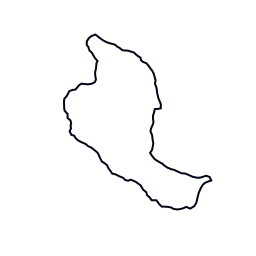 the district of Santa Rita d'Oeste, São Paulo, Brazil, rotated 156°
{"feature_id": "56859067B69160631220065", "entity_name": "Santa Rita d'Oeste", "entity_type": "district", "adm_level": 2, "iso_a3": "BRA", "parent_name": "Brazil", "parent_adm1": "São Paulo", "projection": "albers", "projection_center": [-50.816, -20.093], "detail": "fine", "context": "isolated", "style": "outline", "palette": "ink", "viewbox_px": 256, "rotation_deg": 156, "n_neighbors": 0, "source": "geoboundaries", "source_scale": "gbopen_adm2", "svg_char_len": 1926}
<svg xmlns="http://www.w3.org/2000/svg" viewBox="0 0 256 256"><g transform="rotate(156 128 128)"><path d="M73.3,46.2L73.4,50.0L75.9,52.6L81.8,53.2L85.1,54.4L88.9,57.3L91.4,60.1L94.2,63.1L97.4,64.8L100.1,67.7L103.0,71.1L105.3,72.8L108.1,75.8L110.1,79.0L111.0,81.1L114.5,85.9L116.3,88.7L117.4,93.0L118.0,96.3L115.2,98.0L113.6,100.0L111.1,103.7L110.4,106.8L108.9,111.7L108.8,116.0L106.7,118.6L104.2,120.8L102.3,123.0L101.5,126.0L100.3,128.9L97.8,131.7L95.7,134.4L93.6,133.5L90.1,132.6L88.3,136.4L88.1,143.2L87.0,148.6L86.1,151.4L85.5,154.1L85.4,157.4L83.4,160.3L82.4,167.4L82.6,170.5L83.3,173.3L83.9,176.3L84.8,179.6L87.5,182.4L88.5,184.6L88.0,187.3L89.5,189.4L90.9,192.0L91.8,194.5L94.7,197.0L96.4,198.6L99.0,199.9L101.5,201.4L103.1,204.5L105.1,207.3L105.9,209.4L110.3,212.9L112.7,215.2L115.0,218.0L117.2,221.8L119.7,226.6L123.9,226.9L127.1,226.1L130.3,224.0L131.9,220.9L131.3,218.1L131.7,214.5L130.4,211.4L129.8,205.6L128.6,201.5L130.5,200.0L131.7,197.7L133.4,194.9L135.4,192.3L136.7,189.0L137.6,185.2L139.7,183.4L143.3,183.2L147.1,184.3L152.5,187.4L155.3,187.0L160.3,184.5L163.5,185.4L166.8,185.5L168.6,183.9L171.2,182.0L174.4,180.5L175.9,177.9L176.9,175.2L178.0,172.7L178.9,169.6L177.5,165.4L179.1,161.8L177.5,158.3L178.0,155.4L179.6,153.4L180.2,150.8L182.7,148.7L182.5,144.7L180.4,143.1L180.0,140.4L178.9,137.4L176.7,134.4L174.9,132.5L173.1,130.5L171.9,127.7L169.4,124.9L167.7,121.6L165.8,117.7L165.7,114.1L165.7,111.3L165.5,107.9L163.5,105.1L162.3,102.5L162.2,98.8L161.4,95.4L161.0,92.8L158.2,90.7L155.4,87.2L152.7,84.5L151.8,81.8L149.4,79.8L146.5,79.7L144.7,77.7L142.8,75.7L139.8,70.4L139.3,65.6L137.4,61.8L137.9,58.9L136.6,56.1L135.7,52.3L133.5,51.4L131.4,50.3L130.5,46.0L129.2,42.5L126.4,41.2L123.1,39.4L120.7,37.6L119.4,35.6L116.0,33.5L113.5,32.8L111.1,32.3L106.8,32.2L104.0,29.1L99.4,29.6L96.3,31.6L90.0,39.7L86.3,43.2L82.7,45.7L80.2,46.6L76.2,46.5L73.3,46.2Z" fill="none" stroke="#020617" stroke-width="2"/></g></svg>